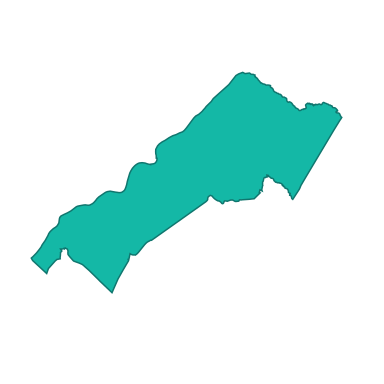 Gamarra, Cesar, Colombia (Albers equal-area conic projection), rotated 44°
{"feature_id": "7082276B88005930101798", "entity_name": "Gamarra", "entity_type": "district", "adm_level": 2, "iso_a3": "COL", "parent_name": "Colombia", "parent_adm1": "Cesar", "projection": "albers", "projection_center": [-73.694, 8.322], "detail": "fine", "context": "isolated", "style": "filled", "palette": "teal", "viewbox_px": 384, "rotation_deg": 44, "n_neighbors": 0, "source": "geoboundaries", "source_scale": "gbopen_adm2", "svg_char_len": 5778}
<svg xmlns="http://www.w3.org/2000/svg" viewBox="0 0 384 384"><g transform="rotate(44 192 192)"><path d="M122.3,351.2L125.0,352.0L144.1,351.6L141.9,346.8L141.5,336.6L141.6,335.4L141.7,335.0L141.6,334.5L143.6,331.6L143.0,331.2L141.6,329.3L139.8,327.2L139.4,326.9L139.5,325.2L139.3,324.9L139.2,324.8L137.8,324.5L137.6,324.6L137.0,324.4L138.7,322.7L138.9,322.1L139.0,321.5L139.8,321.6L139.8,320.9L139.5,320.9L139.7,320.3L140.3,320.2L141.9,319.7L143.6,320.4L145.1,322.1L146.3,323.1L149.2,323.5L154.4,323.9L155.1,323.8L160.2,321.5L163.5,320.3L172.2,319.9L185.2,320.0L187.9,320.1L204.4,320.0L199.2,306.0L196.5,295.6L194.1,285.6L193.7,284.9L193.2,284.9L192.9,284.8L193.3,284.2L190.3,279.4L191.7,279.1L192.8,278.6L193.9,277.7L194.4,277.1L195.1,276.7L195.4,274.6L195.4,272.7L194.5,262.8L194.5,260.2L194.7,258.8L195.5,256.5L195.6,255.7L195.8,255.4L196.4,254.9L208.7,189.6L208.8,188.5L208.7,187.0L208.5,186.5L207.5,185.4L207.1,184.5L207.2,182.9L207.5,181.7L208.0,181.5L209.1,181.0L209.9,181.0L210.9,181.2L213.0,181.2L215.0,180.9L216.1,180.6L217.0,180.3L217.4,179.9L218.2,179.5L219.9,179.3L221.3,179.5L222.0,179.3L222.3,178.9L222.4,178.5L222.4,178.1L221.7,176.4L221.6,175.9L221.7,175.7L222.9,174.7L223.8,174.2L225.3,171.1L226.4,169.9L226.9,169.5L229.6,168.8L230.3,168.2L231.9,166.2L232.0,165.9L231.6,164.9L231.7,164.6L231.8,164.3L232.5,163.9L233.0,163.4L233.7,162.5L238.3,157.4L241.0,154.1L241.4,153.7L241.6,145.3L240.7,145.6L239.4,143.2L241.7,142.5L240.6,141.9L238.6,138.8L238.3,138.0L237.1,137.3L236.8,136.7L235.8,135.7L235.7,135.4L235.7,134.7L234.1,132.2L234.1,131.3L234.2,131.0L234.7,130.8L234.8,130.6L234.9,129.7L235.0,129.5L235.3,129.4L235.5,129.3L235.7,128.8L235.0,128.7L234.6,128.1L234.2,127.8L234.6,127.6L234.8,127.4L235.2,127.1L235.7,127.2L236.1,127.4L237.9,127.1L239.4,127.1L239.9,126.6L240.2,126.4L241.1,126.1L241.6,126.1L243.2,126.9L243.7,126.8L245.3,126.9L246.0,126.2L246.8,126.2L247.0,126.1L247.5,125.5L247.9,125.3L248.0,125.1L248.3,125.0L248.4,124.7L248.6,124.6L249.1,124.6L249.8,124.1L250.2,123.9L251.7,123.8L251.8,123.8L251.9,124.3L252.1,124.4L252.4,124.4L253.0,124.4L252.9,124.1L253.1,123.9L254.0,124.1L254.2,124.3L254.6,124.4L254.8,124.3L255.1,124.1L255.5,124.1L256.2,124.6L257.9,123.8L258.4,123.6L259.1,123.6L259.5,123.8L260.7,124.4L261.5,125.2L262.4,125.2L263.0,125.1L263.4,124.8L263.6,124.8L263.7,125.4L263.9,125.6L264.2,125.7L264.3,126.3L264.5,126.5L265.3,126.1L266.3,126.1L267.0,126.5L267.7,127.1L268.5,127.4L269.6,127.3L267.3,115.6L267.0,114.6L265.8,111.6L264.1,104.6L262.0,95.7L251.2,49.6L248.6,37.8L248.3,35.8L247.9,34.3L246.8,34.4L246.2,34.1L245.6,34.0L244.2,33.3L243.5,33.2L242.7,33.3L241.2,34.4L240.7,34.6L240.2,34.5L239.8,34.0L239.8,33.5L240.4,32.7L240.2,32.3L239.9,32.2L238.9,32.0L237.1,32.0L236.3,32.2L234.7,33.4L234.4,33.4L234.1,33.4L233.1,32.9L232.7,32.9L232.2,33.3L231.3,33.4L230.9,33.6L230.0,34.3L228.8,34.3L227.9,34.9L226.7,35.2L225.9,35.7L225.0,35.9L224.7,36.0L224.3,36.4L224.2,36.7L224.2,37.6L224.5,38.5L224.4,39.1L224.3,39.5L224.1,39.7L223.8,39.8L222.6,40.1L222.3,40.4L221.9,41.2L221.8,41.4L221.8,41.8L221.6,42.0L221.4,42.2L221.1,42.3L220.6,42.7L220.5,43.2L220.0,43.1L219.6,43.9L219.6,45.3L219.5,45.5L219.2,45.4L218.8,44.9L218.5,45.0L218.2,45.2L218.1,45.6L217.9,45.6L217.6,45.1L217.4,45.1L217.0,45.7L216.3,45.9L216.4,46.6L216.3,46.8L214.9,46.6L214.7,46.8L214.4,47.7L214.1,47.8L214.0,47.7L213.7,47.6L213.5,47.8L213.2,49.5L213.2,49.9L213.3,50.5L213.6,50.8L215.6,51.9L215.8,52.2L215.6,52.7L215.6,53.6L215.5,53.8L214.7,54.4L214.7,54.6L214.9,54.9L214.9,55.1L214.3,55.5L213.9,56.0L213.4,57.9L213.0,58.5L212.5,58.9L211.9,58.9L211.4,58.7L210.6,58.7L209.1,59.1L208.7,59.4L208.4,59.5L207.8,59.3L207.1,59.4L206.2,59.0L205.3,59.3L204.5,59.3L202.6,58.9L201.8,58.8L200.9,58.9L199.7,59.3L199.3,59.7L199.1,60.4L198.9,60.6L198.1,60.7L197.5,60.7L196.9,60.5L196.5,60.3L195.5,59.3L195.0,59.1L194.5,59.1L193.3,59.5L192.6,59.6L192.2,59.9L191.6,60.5L191.1,60.8L190.5,60.8L190.0,60.5L189.0,60.3L188.1,60.3L187.3,60.6L186.6,61.2L185.4,61.2L184.8,61.8L183.3,62.0L182.2,62.5L181.7,62.6L181.1,62.6L180.4,62.5L179.2,61.9L178.3,61.6L177.2,61.6L176.1,62.0L175.2,61.9L174.9,61.1L174.7,61.0L174.4,61.0L174.0,61.1L173.5,61.5L173.0,61.7L172.7,62.1L172.2,62.4L171.5,63.2L171.2,63.5L170.5,63.8L169.5,63.9L168.8,64.4L167.6,65.1L166.1,65.3L165.9,65.5L165.7,65.8L164.3,65.5L163.6,65.4L162.1,65.4L160.4,65.0L159.6,64.9L159.1,65.0L158.3,65.3L158.0,65.3L157.8,65.0L157.6,64.9L157.4,64.9L157.1,65.2L156.6,64.8L156.2,64.7L156.2,64.3L156.0,64.1L155.5,64.5L154.6,64.7L154.3,64.9L152.7,66.3L151.0,66.4L150.7,66.5L147.9,70.0L145.4,70.7L143.5,74.7L142.7,77.7L143.9,89.2L142.4,110.0L143.0,113.5L142.8,120.6L143.1,123.0L143.1,124.6L143.3,126.9L143.2,128.5L142.9,131.5L141.9,134.8L141.9,135.8L141.9,137.6L143.5,149.9L143.7,153.1L143.4,155.3L142.0,158.2L140.7,161.8L139.1,164.8L137.8,168.8L136.8,173.4L135.7,176.8L135.1,180.2L135.2,182.8L136.3,186.5L137.8,188.2L139.3,189.6L140.9,190.6L142.8,192.5L143.4,192.0L143.9,192.5L144.6,193.5L145.1,194.6L145.3,195.6L145.4,196.8L145.0,197.9L144.7,198.5L143.4,200.1L142.8,200.9L143.1,201.1L140.7,202.6L138.1,203.8L135.7,205.6L133.9,207.8L133.2,209.4L132.8,211.1L132.6,212.9L132.6,214.2L132.7,216.4L133.3,219.1L134.1,221.6L138.0,229.1L139.9,232.1L141.2,234.7L142.1,237.0L142.2,238.3L142.0,239.6L141.8,240.6L141.3,241.7L140.0,243.1L138.6,244.1L136.7,245.5L132.6,248.2L130.8,250.6L130.0,252.4L128.4,260.2L128.3,262.8L128.6,265.1L128.7,267.9L128.5,269.5L127.5,272.5L126.5,273.7L124.3,275.3L123.2,276.5L120.4,280.4L119.5,281.8L119.0,283.1L118.0,289.9L116.9,293.5L115.5,297.1L114.4,300.3L114.5,302.0L115.1,303.2L117.7,306.7L118.2,308.6L118.5,310.1L118.3,312.2L117.7,314.6L117.5,317.5L117.5,319.4L117.9,321.6L118.6,323.3L120.1,328.9L120.9,334.0L121.7,336.6L122.1,339.8L122.5,344.0L122.5,348.9L122.3,351.2Z" fill="#14b8a6" stroke="#0f766e" stroke-width="1.5"/></g></svg>